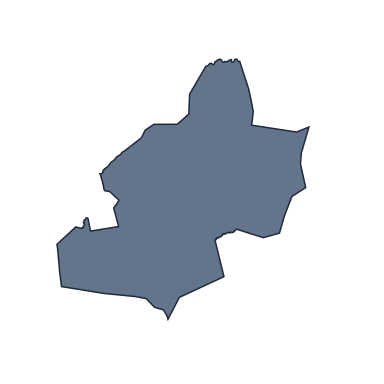 Xotont, Arhangay, Mongolia (Mercator projection), rotated 204°
{"feature_id": "93677404B64781784389022", "entity_name": "Xotont", "entity_type": "district", "adm_level": 2, "iso_a3": "MNG", "parent_name": "Mongolia", "parent_adm1": "Arhangay", "projection": "mercator", "projection_center": [102.447, 47.245], "detail": "fine", "context": "isolated", "style": "filled", "palette": "slate", "viewbox_px": 384, "rotation_deg": 204, "n_neighbors": 0, "source": "geoboundaries", "source_scale": "gbopen_adm2", "svg_char_len": 4029}
<svg xmlns="http://www.w3.org/2000/svg" viewBox="0 0 384 384"><g transform="rotate(204 192 192)"><path d="M201.5,330.7L201.8,330.5L202.1,330.4L202.4,330.2L202.8,330.1L203.0,330.2L203.4,330.3L203.8,330.6L204.2,331.2L204.5,331.5L205.1,331.5L205.8,331.3L206.6,330.7L206.9,330.3L206.9,329.8L206.8,328.9L206.8,328.1L206.9,327.6L207.3,327.3L207.8,327.1L208.4,326.9L208.9,327.3L209.2,327.5L209.3,328.0L209.6,328.5L209.8,328.8L210.1,328.9L210.3,328.8L210.6,328.6L210.9,328.1L211.3,327.6L211.8,327.1L212.1,326.7L212.0,326.3L212.0,326.1L212.2,325.9L212.4,325.9L212.6,325.7L213.1,325.2L213.4,325.0L213.8,325.0L214.3,324.9L214.7,324.8L215.0,324.7L215.1,324.3L215.2,323.8L215.5,323.6L215.8,323.4L216.4,323.4L216.8,323.4L217.2,323.6L217.6,323.8L217.9,323.8L218.1,323.9L218.4,324.0L218.7,324.4L219.1,324.6L219.6,324.8L220.2,324.8L220.7,324.5L221.3,323.7L222.0,323.4L222.4,323.1L222.6,322.7L222.7,321.6L222.9,321.3L223.2,321.1L223.5,320.8L223.9,320.5L224.1,320.1L224.0,319.7L223.7,319.1L223.7,318.5L223.9,317.9L224.1,317.3L224.3,317.1L224.8,316.9L225.2,316.8L225.7,317.2L226.0,317.3L226.7,317.4L227.3,317.2L227.8,316.9L228.2,316.2L228.4,315.4L228.8,314.1L229.4,313.3L230.5,312.4L232.6,293.5L234.0,280.4L226.6,262.0L233.0,247.9L254.4,238.3L259.9,229.5L260.3,220.8L270.4,202.0L271.1,200.9L271.8,200.2L272.0,199.6L272.2,199.0L272.3,198.2L272.4,197.6L272.7,196.9L273.2,196.3L273.7,195.5L274.2,194.8L274.6,194.2L275.0,193.5L275.3,192.7L275.4,192.1L275.5,191.5L275.7,190.8L275.9,190.1L276.3,189.4L276.6,188.6L276.8,188.1L277.1,187.6L277.7,186.9L277.9,186.5L278.4,184.7L278.7,183.2L278.9,182.6L278.9,181.8L279.1,181.2L279.5,180.8L279.6,180.4L279.8,180.1L280.1,179.4L280.6,178.8L280.6,178.5L280.6,178.0L280.8,177.9L281.1,177.8L281.3,177.6L281.4,177.3L281.5,177.0L281.5,176.4L281.6,175.9L281.9,175.6L281.9,175.2L281.7,174.5L281.4,173.6L281.4,173.1L281.5,172.8L281.8,172.4L282.1,172.1L282.4,171.9L282.7,171.6L283.5,171.2L282.0,169.9L280.1,167.2L278.3,165.5L275.3,161.3L274.1,159.6L273.3,158.4L272.2,157.7L267.4,158.9L255.5,154.9L255.4,154.7L255.4,154.1L255.6,153.6L255.7,152.9L255.7,152.2L255.7,151.5L255.8,151.3L255.9,150.8L256.0,150.3L256.0,149.6L256.1,149.2L256.2,148.8L256.6,148.6L256.7,147.9L256.7,147.2L256.8,146.0L257.0,145.4L245.0,130.6L268.8,115.0L274.1,122.5L276.2,125.5L277.5,125.7L278.2,125.1L278.4,123.6L278.7,122.6L279.2,122.2L278.6,121.4L278.6,120.7L278.9,120.1L278.8,119.7L277.2,119.2L277.0,118.6L277.5,116.9L277.4,116.5L276.7,115.9L276.8,115.2L277.8,114.7L278.0,114.3L277.9,113.9L284.0,112.8L294.1,89.2L291.5,85.2L281.3,66.8L281.1,66.3L272.7,52.5L231.5,63.4L201.1,73.5L190.4,76.0L179.3,71.4L170.1,72.7L164.5,68.7L162.2,66.0L160.7,90.6L128.4,127.7L143.9,147.7L151.3,157.2L151.4,157.4L151.4,157.6L151.2,157.7L151.0,157.9L151.0,158.2L150.8,158.2L150.5,158.4L150.5,158.7L150.6,159.0L150.9,159.2L150.8,159.4L150.7,159.6L150.8,159.8L150.5,159.9L150.3,160.1L150.4,160.4L150.5,160.7L150.4,160.8L150.1,160.6L149.8,160.5L149.7,160.7L149.7,161.0L148.9,161.2L148.6,161.3L148.4,161.5L148.2,161.7L148.3,162.0L148.3,162.4L148.1,162.6L147.7,162.9L147.4,163.2L147.1,163.7L147.0,163.9L147.0,164.1L147.1,164.4L147.1,164.6L146.9,164.6L146.7,164.8L146.6,165.1L146.7,165.5L146.8,165.9L146.8,166.0L146.5,166.0L146.4,166.1L146.2,166.4L145.9,166.3L145.7,166.4L145.5,166.5L145.4,166.8L145.4,167.1L145.2,167.3L144.9,167.1L144.7,167.1L144.4,167.5L144.2,167.6L143.9,167.9L143.8,168.2L143.7,168.3L143.5,168.7L143.1,169.1L142.8,169.4L142.4,169.6L142.1,169.8L141.7,170.1L141.5,169.9L141.2,170.0L140.7,170.0L140.4,170.3L140.4,170.8L140.1,170.7L140.0,170.8L139.8,171.0L139.5,171.2L139.0,171.2L138.6,171.5L138.3,171.8L138.1,171.9L137.9,172.0L137.7,172.1L137.7,172.4L137.7,172.7L137.8,173.0L137.7,173.2L137.6,173.4L137.3,173.4L137.2,173.5L137.1,173.8L137.0,174.0L137.0,174.3L136.8,174.7L136.9,175.4L136.4,175.9L135.5,176.2L108.2,179.3L95.4,190.0L97.9,208.2L97.9,208.4L98.9,228.6L89.9,242.2L104.4,261.9L108.0,272.2L111.5,298.3L111.6,298.9L120.8,289.3L164.7,277.3L168.7,290.3L175.5,300.1L182.0,309.0L201.5,330.7Z" fill="#64748b" stroke="#1e293b" stroke-width="1.5"/></g></svg>